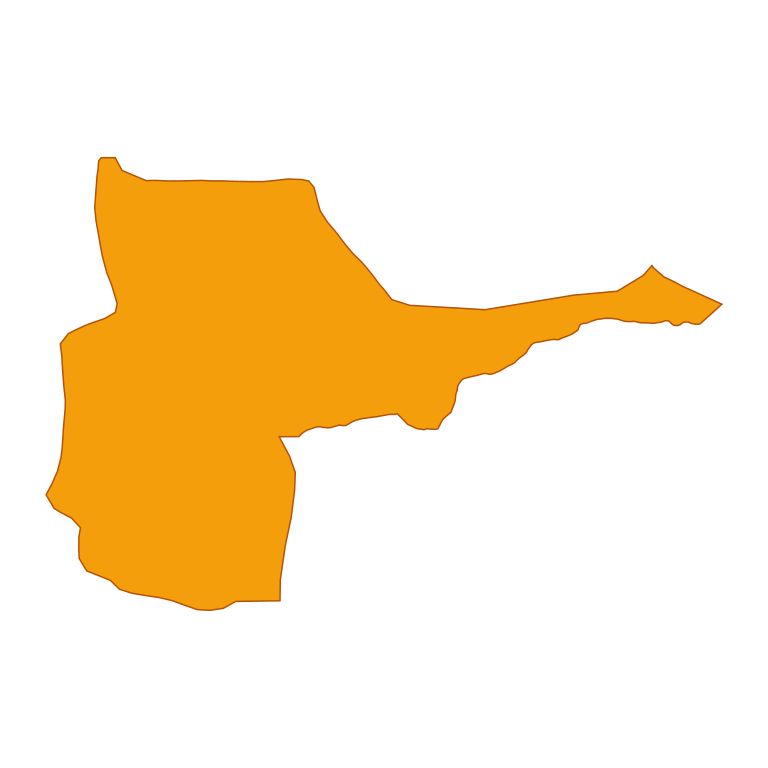 Dhibain, Amran, Yemen
{"feature_id": "15242507B1655282160159", "entity_name": "Dhibain", "entity_type": "district", "adm_level": 2, "iso_a3": "YEM", "parent_name": "Yemen", "parent_adm1": "Amran", "projection": "orthographic", "projection_center": [44.211, 16.011], "detail": "fine", "context": "isolated", "style": "filled", "palette": "amber", "viewbox_px": 768, "rotation_deg": 0, "n_neighbors": 0, "source": "geoboundaries", "source_scale": "gbopen_adm2", "svg_char_len": 3974}
<svg xmlns="http://www.w3.org/2000/svg" viewBox="0 0 768 768"><path d="M652.0,265.5L643.2,275.5L617.3,291.2L573.8,295.1L485.0,309.7L409.7,305.3L391.9,299.7L384.2,289.8L379.1,284.0L374.6,277.8L365.9,266.9L360.1,260.5L353.1,253.8L344.7,243.8L336.7,233.1L327.2,221.8L320.2,210.9L317.7,202.2L314.0,187.4L308.7,181.0L301.2,179.5L287.8,179.0L284.5,179.4L278.6,180.1L263.6,181.6L254.5,181.6L245.9,181.5L232.5,181.3L223.3,180.9L210.4,180.9L201.7,180.4L194.3,180.6L182.0,180.9L169.2,181.0L154.6,180.4L146.1,180.6L122.1,170.5L115.2,157.7L101.2,157.7L98.6,160.9L98.1,168.7L97.0,176.4L94.7,207.6L96.1,221.2L98.6,235.1L100.8,248.0L102.4,256.2L106.7,272.5L111.6,284.8L111.8,285.6L117.2,303.7L115.4,312.3L104.1,318.8L95.7,321.6L87.0,324.7L75.0,330.2L68.4,333.6L60.3,343.9L61.9,356.7L62.2,364.0L63.1,376.8L63.8,385.8L65.3,399.8L65.2,408.4L63.9,423.0L63.3,430.2L62.2,448.2L60.9,458.0L57.4,471.5L51.9,483.9L46.1,494.8L54.1,508.4L60.2,512.1L71.9,518.4L80.5,527.8L78.9,536.8L78.8,549.3L79.2,558.6L79.6,559.2L86.8,571.0L99.0,575.8L110.4,580.4L119.5,589.3L131.5,593.1L144.7,595.4L150.2,596.2L159.3,597.6L172.1,600.6L178.1,602.8L184.0,605.0L197.3,609.6L210.3,610.3L223.4,608.3L235.8,601.4L280.0,600.8L280.3,580.1L285.2,546.1L290.4,521.2L291.1,518.1L294.6,490.5L295.3,472.4L290.6,459.3L289.6,456.2L280.4,439.0L279.2,436.7L282.8,436.7L298.9,436.6L299.8,435.6L301.2,434.2L302.8,432.8L304.5,431.7L306.2,430.5L308.4,429.7L310.5,429.0L312.5,428.3L314.4,427.6L316.3,427.1L318.4,426.7L320.7,426.8L322.8,427.4L324.8,427.5L326.9,427.8L329.4,427.8L331.3,427.4L333.3,426.8L335.5,426.2L337.6,425.6L339.4,425.0L341.5,425.5L343.5,425.6L345.6,425.5L347.7,424.5L349.6,423.4L351.3,422.2L353.1,421.4L354.9,420.6L357.2,419.9L359.4,419.3L361.4,418.8L363.6,418.4L366.2,418.2L368.1,417.7L370.2,417.5L372.2,417.2L374.8,416.9L376.8,416.8L379.1,416.2L381.1,415.9L383.3,415.5L385.2,415.2L387.2,414.7L387.3,414.7L389.3,414.5L391.5,414.4L394.0,414.4L396.0,414.0L397.3,413.7L407.6,424.3L416.9,428.6L424.0,429.7L427.3,428.6L427.8,428.7L429.8,429.1L431.8,429.2L433.9,429.3L435.9,429.4L437.8,428.8L438.8,427.0L439.9,424.9L440.9,422.8L441.8,421.0L442.9,419.4L444.3,418.1L445.8,416.5L447.5,415.3L449.1,413.7L450.8,412.6L451.7,410.3L452.4,408.3L453.2,406.4L453.9,404.6L454.6,402.7L455.1,400.6L455.4,398.5L455.6,396.5L455.9,394.1L456.5,392.0L457.3,390.3L457.4,388.2L457.6,386.4L458.7,384.2L459.9,382.4L461.4,380.4L463.0,378.9L465.0,378.3L467.5,377.6L469.4,377.1L471.6,376.6L474.0,376.0L476.0,375.6L478.1,375.1L480.8,374.3L482.9,373.7L485.0,373.5L487.0,373.7L489.0,374.3L491.2,374.2L493.2,373.6L495.1,372.9L497.3,372.0L499.7,370.9L501.5,370.0L503.2,368.9L505.4,367.6L507.1,366.5L509.2,365.5L511.1,364.6L513.1,363.6L514.9,362.5L516.4,360.8L518.2,359.1L519.7,357.7L521.4,356.6L523.3,355.3L524.8,353.9L526.5,352.3L527.5,350.3L528.8,348.4L530.1,346.6L531.3,344.9L533.2,343.4L535.2,342.6L537.9,342.1L540.3,341.8L542.5,341.4L544.5,340.9L547.2,340.4L549.9,339.9L552.0,339.6L554.5,339.4L556.6,339.7L557.8,339.6L559.0,339.6L560.8,338.6L563.2,337.6L566.0,336.6L568.0,335.8L569.7,335.1L570.8,334.6L572.9,333.6L575.1,332.1L576.8,330.8L578.2,329.5L578.9,327.3L579.6,325.5L581.0,324.2L583.1,323.5L585.3,323.3L587.3,322.8L589.4,322.0L591.2,321.3L593.1,320.7L595.6,319.9L597.9,319.2L600.0,319.1L602.1,318.8L604.3,318.4L607.1,318.3L609.1,318.3L611.2,318.4L613.1,318.6L615.2,318.9L617.4,319.1L619.4,319.7L621.3,320.3L623.7,321.0L625.7,321.4L627.9,321.6L629.9,321.6L632.1,321.5L633.7,321.4L634.3,321.4L636.2,321.7L638.1,322.3L640.0,322.7L642.2,322.8L644.4,322.9L646.5,322.9L648.6,322.9L650.7,323.2L652.8,323.2L655.1,323.2L657.1,322.7L659.5,322.4L661.5,322.1L663.4,321.4L665.4,320.7L667.5,320.7L669.3,321.3L670.6,322.8L672.0,324.2L673.9,325.3L676.0,325.5L678.0,325.5L679.9,324.9L681.7,323.4L683.7,322.2L685.8,322.0L686.8,322.0L687.8,322.0L689.7,322.7L691.5,323.5L693.8,323.9L695.7,324.2L698.2,324.2L700.3,323.7L721.9,304.2L682.7,286.4L676.0,282.7L663.9,276.9L657.1,271.0L653.3,267.7L652.0,265.5Z" fill="#f59e0b" stroke="#b45309" stroke-width="1.5"/></svg>